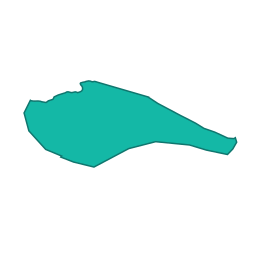 Riche Fond/La Belle Vie, Dennery, Saint Lucia, rotated 327°
{"feature_id": "8701671B59677117664850", "entity_name": "Riche Fond/La Belle Vie", "entity_type": "district", "adm_level": 2, "iso_a3": "LCA", "parent_name": "Saint Lucia", "parent_adm1": "Dennery", "projection": "equal_earth", "projection_center": [-60.929, 13.937], "detail": "fine", "context": "isolated", "style": "filled", "palette": "teal", "viewbox_px": 256, "rotation_deg": 327, "n_neighbors": 0, "source": "geoboundaries", "source_scale": "gbopen_adm2", "svg_char_len": 1412}
<svg xmlns="http://www.w3.org/2000/svg" viewBox="0 0 256 256"><g transform="rotate(327 128 128)"><path d="M162.1,113.3L127.7,73.4L125.5,70.8L125.0,70.6L124.7,70.4L124.4,70.4L124.0,70.2L123.7,70.0L123.1,69.7L122.7,69.2L122.5,68.9L121.7,67.9L121.3,67.6L121.1,67.5L120.5,67.0L119.7,66.7L119.2,66.5L118.0,66.0L117.5,66.0L116.8,65.8L116.1,65.5L115.2,65.1L113.5,64.6L113.2,64.5L112.8,64.4L112.3,64.6L112.1,64.9L112.0,65.3L111.9,66.3L112.0,67.1L112.1,67.3L112.1,68.4L111.9,69.2L111.5,69.9L111.2,70.6L110.8,70.9L110.6,71.1L109.6,71.6L109.2,71.7L108.9,71.7L108.5,71.7L107.9,71.6L106.5,71.4L105.8,71.1L105.0,70.9L104.4,70.0L103.6,69.1L103.0,68.8L102.2,68.5L100.3,67.8L99.5,67.2L98.4,66.0L97.8,65.3L96.6,64.5L95.9,64.4L94.4,64.3L92.8,63.8L88.5,62.6L87.4,62.3L83.0,61.7L81.1,62.9L80.8,62.9L80.4,63.0L75.9,61.8L75.6,61.9L74.4,61.9L74.0,62.0L73.3,62.0L72.7,61.6L71.1,60.1L69.9,59.0L69.2,58.0L67.8,56.8L67.0,56.2L66.7,56.0L66.5,55.9L65.5,55.3L64.5,54.7L63.2,53.8L62.4,53.1L61.5,52.3L61.2,51.6L54.4,55.6L49.0,58.8L48.8,59.5L43.3,76.4L47.3,101.1L57.1,115.4L55.8,115.8L63.8,126.9L76.6,140.5L78.2,142.2L112.1,145.2L117.5,145.7L143.7,154.5L170.3,175.7L181.7,189.2L197.0,204.4L204.4,202.7L211.4,199.1L212.7,194.6L211.1,194.6L209.5,193.4L206.2,190.9L198.5,178.7L196.5,176.1L191.5,169.7L187.3,160.8L183.6,154.3L178.9,146.2L166.4,123.7L162.6,115.0L161.9,113.5L162.1,113.3Z" fill="#14b8a6" stroke="#0f766e" stroke-width="1.5"/></g></svg>